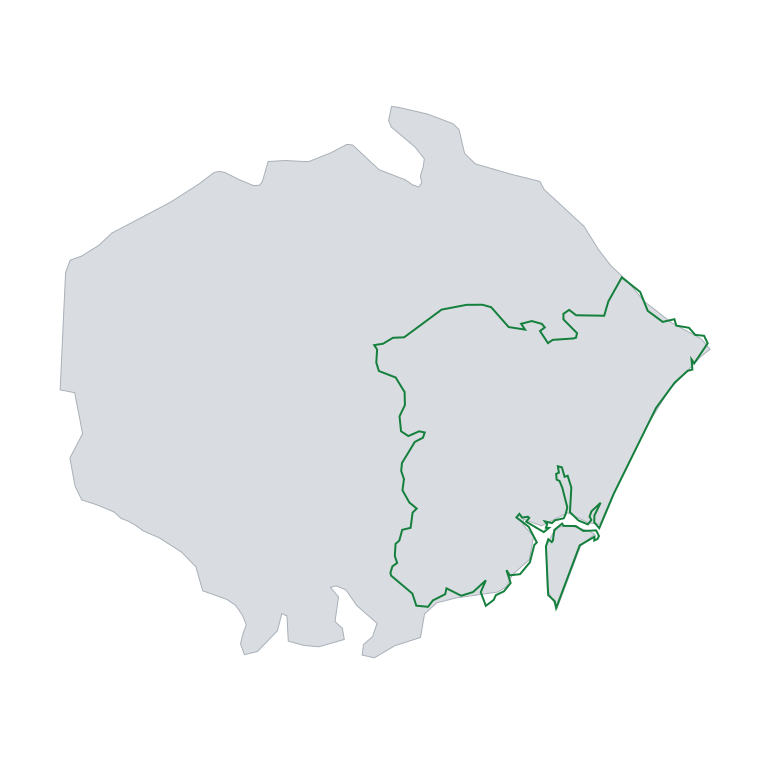 Southern highlighted on a map of Sierra Leone, rotated 273°
{"feature_id": "SLE-760", "entity_name": "Southern", "entity_type": "Province", "adm_level": 1, "iso_a3": "SLE", "parent_name": "Sierra Leone", "parent_adm1": "", "projection": "robinson", "projection_center": [-12.13, 7.714], "detail": "medium", "context": "in_parent", "style": "outline", "palette": "green", "viewbox_px": 768, "rotation_deg": 273, "n_neighbors": 0, "source": "natural_earth", "source_scale": "10m", "svg_char_len": 3530}
<svg xmlns="http://www.w3.org/2000/svg" viewBox="0 0 768 768"><g transform="rotate(273 384 384)"><path d="M661.6,377.0L661.1,383.5L655.8,413.5L647.5,439.3L642.0,445.6L618.5,452.4L608.6,463.7L600.0,500.4L594.5,529.1L586.4,533.9L552.0,575.4L529.4,591.2L513.7,604.7L498.8,622.3L480.1,639.5L460.0,668.4L445.6,698.5L435.8,707.8L428.4,699.4L394.1,669.7L357.9,649.8L280.9,616.6L255.2,607.3L256.1,595.5L265.0,574.0L250.6,548.7L256.2,530.4L250.6,530.3L239.6,541.4L216.1,538.2L200.5,522.4L187.8,516.6L182.3,508.7L174.1,467.1L168.3,448.2L156.5,436.5L132.8,433.7L123.1,408.3L110.0,388.6L112.2,376.4L122.8,377.1L131.2,385.9L144.7,389.6L161.4,368.3L176.4,356.8L179.9,346.6L178.1,341.1L169.0,349.7L144.1,347.5L137.9,355.2L126.8,357.7L118.2,332.8L118.7,318.1L122.2,301.9L147.3,299.2L149.4,294.0L132.0,290.5L110.3,271.7L106.4,258.7L117.2,254.3L127.5,256.3L136.5,259.1L146.2,254.4L155.3,247.3L160.7,238.2L168.0,213.8L191.6,205.7L205.5,190.7L218.6,167.6L224.7,151.3L230.1,143.1L233.5,136.1L236.1,128.4L242.0,121.3L248.2,104.0L252.4,88.3L265.9,80.8L293.6,74.2L318.6,85.6L359.1,75.6L361.2,60.9L398.3,60.7L442.1,60.4L478.7,60.2L491.2,64.1L495.8,75.1L507.8,92.3L520.4,104.2L536.0,130.4L554.1,160.8L573.7,188.3L586.3,203.2L587.7,208.4L586.8,214.3L580.6,228.3L575.3,243.4L575.9,249.1L579.6,251.9L600.1,256.6L602.0,273.5L602.0,296.8L612.0,318.6L621.4,334.5L621.0,340.2L597.9,367.6L588.9,394.7L584.3,402.3L582.5,408.4L587.1,411.2L593.4,409.4L602.4,411.7L610.9,412.5L622.2,402.7L641.0,377.8L647.4,374.8L661.6,377.0ZM247.7,596.8L245.1,602.3L232.8,588.8L169.2,568.6L187.1,557.9L231.3,554.7L244.4,560.9L250.3,566.2L252.4,576.1L247.7,596.8Z" fill="#d9dde1" stroke="#a8b0b8" stroke-width="1"/><path d="M502.9,615.9L489.3,635.0L470.9,643.5L460.6,659.1L463.9,670.6L457.6,672.8L456.1,685.6L449.3,692.3L448.9,701.1L441.6,705.1L420.9,692.7L424.7,689.8L414.6,691.2L413.0,686.5L400.6,674.2L374.5,657.0L286.7,619.3L251.3,606.5L256.9,601.2L263.7,601.0L276.7,606.5L267.8,597.9L262.4,596.2L259.1,598.2L254.5,595.0L257.9,585.3L265.8,576.4L290.4,576.5L302.0,572.2L300.8,569.2L310.1,566.0L310.9,561.9L304.6,563.3L303.2,560.6L297.6,561.4L296.3,564.4L289.7,567.5L270.4,573.5L263.4,572.2L259.3,570.5L256.9,562.0L253.9,559.0L255.2,551.9L252.5,554.3L248.9,553.2L248.9,556.2L244.5,551.3L253.9,533.2L257.9,536.0L259.0,534.6L257.8,529.0L261.4,526.0L257.7,523.2L248.9,536.0L233.8,544.9L231.1,542.5L213.5,539.0L201.2,529.8L199.5,519.6L204.6,516.0L191.9,520.9L183.2,514.6L179.0,506.8L174.2,504.9L167.8,497.3L181.2,491.5L193.3,496.0L180.9,483.8L176.6,472.2L183.2,457.1L177.3,456.1L170.5,444.2L163.8,439.6L164.3,427.9L176.2,423.3L193.0,401.1L196.0,400.3L202.4,402.0L206.0,406.5L212.8,403.8L224.9,403.9L228.5,407.5L239.3,409.8L241.8,418.1L257.1,419.3L261.3,423.2L267.0,415.5L278.8,408.0L290.1,408.9L298.2,405.7L306.1,406.1L327.8,417.8L332.4,425.7L337.7,427.2L338.6,421.6L333.3,411.0L337.7,403.5L352.5,401.2L364.1,406.0L377.0,405.0L391.1,395.3L396.7,378.2L404.9,375.2L418.1,375.3L422.3,372.2L424.2,381.0L430.6,390.5L431.7,401.7L461.3,437.6L467.4,462.4L468.3,478.2L466.3,487.0L447.4,505.5L445.7,522.0L451.3,517.8L454.6,528.3L452.3,538.5L448.9,541.6L445.1,537.0L433.4,545.6L436.9,550.1L439.4,570.8L440.3,573.3L444.9,574.1L457.9,559.8L463.5,559.5L467.7,565.0L462.7,572.3L463.7,600.3L478.2,603.7L502.9,615.9ZM253.9,569.2L251.7,570.7L252.2,582.9L247.7,590.7L248.9,603.5L243.4,606.6L240.4,605.3L238.7,602.2L242.5,602.2L233.1,587.9L169.2,567.6L176.1,565.8L181.8,559.0L230.2,554.2L237.6,556.2L234.9,559.8L236.7,560.9L247.1,561.7L253.9,569.2Z" fill="none" stroke="#15803d" stroke-width="2"/></g></svg>